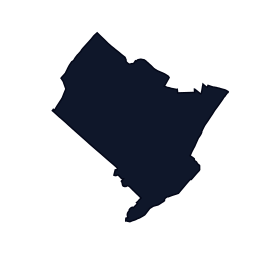 outline of Tamaseu, Bihor, Romania, rotated 210°
{"feature_id": "2599482B83424539586543", "entity_name": "Tamaseu", "entity_type": "district", "adm_level": 2, "iso_a3": "ROU", "parent_name": "Romania", "parent_adm1": "Bihor", "projection": "orthographic", "projection_center": [21.899, 47.224], "detail": "fine", "context": "isolated", "style": "filled", "palette": "ink", "viewbox_px": 256, "rotation_deg": 210, "n_neighbors": 0, "source": "geoboundaries", "source_scale": "gbopen_adm2", "svg_char_len": 4974}
<svg xmlns="http://www.w3.org/2000/svg" viewBox="0 0 256 256"><g transform="rotate(210 128 128)"><path d="M80.0,204.9L79.8,203.7L79.7,203.0L79.7,202.7L79.8,202.6L80.6,202.7L81.0,202.8L81.3,202.8L81.9,202.9L82.6,203.0L83.1,203.1L85.0,203.5L84.5,202.2L84.2,201.2L83.6,199.7L83.1,198.3L82.6,197.1L82.6,196.8L82.2,195.7L82.0,195.3L81.9,194.9L82.1,193.9L82.6,193.9L85.2,194.3L85.3,194.3L85.7,194.4L89.7,195.0L89.9,194.9L88.1,192.1L102.5,183.2L104.6,186.0L104.7,185.8L105.3,185.7L106.0,185.4L110.6,183.8L111.8,183.6L112.9,183.3L113.6,183.0L113.9,182.8L117.5,182.4L117.5,182.6L117.5,186.1L117.6,192.2L118.8,192.9L119.6,193.0L119.9,193.0L122.2,193.1L123.7,193.1L124.2,193.0L125.0,193.0L125.7,192.9L130.7,192.3L131.7,192.2L132.0,192.3L132.4,192.3L134.0,192.3L134.5,192.4L135.1,192.4L135.4,192.4L135.7,192.5L139.3,193.5L142.8,194.2L142.9,194.3L145.4,194.7L145.8,194.9L148.1,195.1L149.2,194.7L150.0,194.4L151.0,194.1L151.4,193.9L151.6,193.7L152.6,192.9L153.2,192.3L153.5,192.1L154.0,191.0L154.2,190.0L155.1,190.0L155.2,189.5L155.2,188.8L155.3,187.4L155.2,187.4L155.1,186.9L155.5,186.6L156.0,186.1L156.6,185.8L157.2,185.4L157.6,184.9L158.0,184.5L158.7,184.0L159.1,183.9L159.6,183.8L161.3,184.1L162.8,184.5L163.7,185.8L164.2,186.5L166.0,187.2L165.9,187.7L170.7,188.4L172.9,188.8L175.3,189.2L175.5,189.2L176.0,189.3L176.8,189.4L177.3,189.5L177.9,189.5L178.8,189.7L179.2,189.8L183.3,190.4L184.3,190.6L187.8,191.3L192.6,192.6L196.8,193.6L199.6,194.3L200.6,194.6L201.6,194.8L202.3,195.0L203.4,191.6L203.7,190.4L204.3,186.4L206.9,174.3L206.9,174.2L207.0,173.6L207.1,172.9L207.2,171.9L207.2,171.4L207.1,171.2L207.2,170.5L207.2,170.4L207.3,170.2L207.5,169.3L207.7,168.3L207.9,167.3L208.0,166.8L208.2,166.4L208.3,165.9L208.3,165.6L208.4,165.3L208.5,164.3L208.6,163.8L208.5,163.7L208.7,162.9L208.7,162.7L208.8,161.9L208.8,161.0L208.8,160.2L208.8,159.5L208.9,159.3L209.1,158.6L209.7,157.4L209.8,157.3L209.9,156.5L210.1,153.0L210.1,152.3L210.0,149.6L209.8,147.3L209.7,145.3L209.6,144.0L209.7,143.7L210.1,141.6L210.6,139.5L210.8,138.2L210.9,137.7L210.6,137.6L209.4,137.0L208.1,136.3L207.1,135.8L206.6,135.3L205.7,134.5L204.5,133.5L203.1,132.3L201.9,131.3L201.5,130.9L201.3,130.7L200.7,126.1L200.0,121.5L200.0,119.3L200.2,115.8L200.3,113.5L200.4,112.2L200.5,107.1L200.6,106.6L202.0,106.8L202.0,106.3L202.1,105.9L202.2,105.4L202.2,105.2L200.4,104.9L195.8,103.9L192.6,103.2L191.8,103.1L191.1,103.0L188.6,102.5L184.6,101.7L181.6,101.0L174.6,99.5L168.2,98.2L156.4,95.8L153.8,95.2L149.7,94.4L143.5,93.2L139.7,92.5L134.6,91.5L130.1,90.6L122.0,89.1L117.2,88.1L116.7,86.4L118.1,85.4L116.6,80.1L116.4,80.1L115.3,80.4L114.7,80.7L114.3,81.2L113.8,81.8L113.4,82.1L112.8,82.4L112.4,82.3L111.7,82.0L111.0,81.8L110.3,81.6L109.7,81.5L108.8,81.1L108.0,81.0L107.5,81.1L107.1,81.4L106.6,81.7L106.6,80.9L106.6,80.4L106.6,80.0L106.7,79.7L107.1,79.2L107.2,78.8L107.0,78.4L106.1,78.1L105.6,77.4L105.0,77.1L104.8,76.6L104.4,76.1L103.9,75.7L103.3,75.4L102.9,75.3L102.7,75.5L102.4,75.7L101.8,75.6L101.4,75.9L100.6,76.3L100.4,76.6L99.9,77.6L99.2,77.9L98.0,78.1L97.4,78.1L97.2,78.0L93.8,77.1L93.6,77.0L92.6,76.7L92.3,76.7L88.9,75.8L87.3,75.4L87.0,75.3L85.9,75.1L84.8,74.8L83.7,74.5L81.7,73.9L81.8,73.4L82.6,70.4L82.6,69.8L82.7,69.2L82.9,68.9L83.3,67.6L82.0,67.3L82.2,66.4L83.5,61.6L84.3,61.7L85.2,60.9L85.4,60.5L85.9,59.1L86.0,57.7L85.8,57.5L85.6,57.0L85.8,55.8L85.8,54.1L85.4,52.8L84.8,51.9L83.3,50.3L84.7,48.9L83.7,46.7L83.5,46.4L83.4,46.5L83.2,46.8L82.9,46.8L82.6,46.8L81.7,47.1L79.5,47.8L78.9,48.6L78.0,49.8L76.6,51.3L75.6,52.5L74.6,54.1L73.9,55.0L73.1,55.9L71.8,58.1L71.2,59.1L70.1,61.2L69.7,63.8L69.3,66.9L69.0,69.2L67.0,73.0L64.5,75.5L63.5,76.5L62.4,78.5L61.0,81.3L60.9,81.8L60.6,81.9L60.5,82.2L60.3,82.9L60.1,83.2L60.2,83.5L60.6,84.3L60.8,85.1L60.6,86.1L60.2,86.9L60.0,87.7L59.8,87.9L58.8,88.5L56.1,91.8L52.9,95.3L51.7,96.7L51.2,99.7L50.4,104.1L49.7,108.2L48.9,112.4L48.5,114.4L47.5,115.0L47.2,116.3L46.6,119.5L45.9,123.1L45.1,126.7L45.1,127.7L46.3,129.7L47.1,131.1L47.5,131.4L48.1,131.5L49.3,131.6L50.3,132.0L51.2,132.5L51.7,132.8L52.2,132.9L53.7,133.0L54.3,133.1L54.6,133.6L55.1,134.3L55.3,134.5L55.9,134.6L57.2,134.8L60.4,135.0L60.9,139.4L61.0,141.5L61.1,143.7L61.1,145.3L61.4,147.8L61.8,151.8L62.1,154.6L61.9,156.1L61.8,158.3L61.8,159.3L62.0,161.0L62.4,161.9L62.5,162.1L62.7,164.5L62.9,168.3L62.8,170.2L62.5,173.5L62.2,178.3L61.9,182.8L61.9,183.6L61.8,186.5L61.7,187.4L61.5,189.3L61.4,189.9L61.2,191.9L60.8,195.9L60.5,199.4L60.4,200.4L60.4,201.6L60.5,201.6L60.5,201.8L60.3,202.5L60.3,202.9L60.2,203.1L60.2,203.3L60.1,203.5L59.9,204.4L59.9,204.5L59.9,205.0L59.9,205.4L59.9,205.6L59.8,206.0L59.6,207.7L59.6,208.1L59.2,208.5L59.2,209.1L59.2,209.4L59.6,209.6L60.8,209.6L61.1,209.6L62.0,209.6L62.4,209.6L63.4,209.4L64.0,209.3L64.2,209.2L65.3,208.9L66.4,208.6L67.6,208.3L68.5,208.1L69.1,208.0L69.6,207.8L70.2,207.6L70.8,207.4L71.8,207.2L72.0,207.1L73.1,206.7L73.4,206.6L73.9,206.4L74.3,206.2L74.8,206.0L75.1,205.9L75.6,205.8L76.6,205.6L78.1,205.3L80.0,204.9Z" fill="#0f172a" stroke="#020617" stroke-width="1.5"/></g></svg>